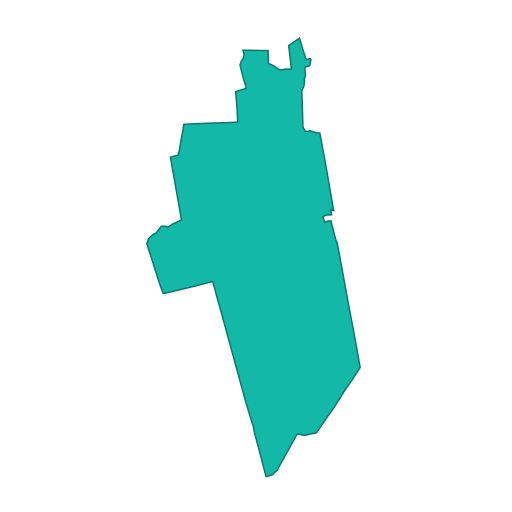 outline of Plopii-Slavitesti, Teleorman, Romania, rotated 93°
{"feature_id": "2599482B4381153451423", "entity_name": "Plopii-Slavitesti", "entity_type": "district", "adm_level": 2, "iso_a3": "ROU", "parent_name": "Romania", "parent_adm1": "Teleorman", "projection": "equal_earth", "projection_center": [24.675, 43.97], "detail": "fine", "context": "isolated", "style": "filled", "palette": "teal", "viewbox_px": 512, "rotation_deg": 93, "n_neighbors": 0, "source": "geoboundaries", "source_scale": "gbopen_adm2", "svg_char_len": 1961}
<svg xmlns="http://www.w3.org/2000/svg" viewBox="0 0 512 512"><g transform="rotate(93 256 256)"><path d="M161.8,346.6L223.9,332.3L225.5,335.3L228.5,341.1L231.8,345.3L230.9,348.8L231.3,352.2L238.2,356.9L239.4,359.2L241.5,361.6L244.8,364.5L247.2,364.8L249.1,365.8L256.7,362.9L268.3,358.5L275.8,355.7L287.6,351.3L298.2,346.8L297.9,344.7L288.6,313.2L286.1,305.5L283.7,297.9L290.0,295.8L303.6,291.4L313.4,288.0L403.2,258.3L427.9,249.3L431.7,248.5L475.8,234.4L474.8,231.5L473.7,228.3L473.2,227.6L471.6,226.4L471.0,226.0L468.5,223.1L466.9,222.8L452.6,215.8L435.6,207.5L432.7,206.1L432.3,205.6L431.8,204.5L431.8,203.1L432.6,198.7L432.3,196.9L431.0,192.7L429.5,186.6L428.5,185.8L423.6,182.8L422.2,182.0L419.0,180.0L416.1,178.2L415.4,177.9L412.5,176.1L406.8,172.4L397.3,166.8L392.5,164.0L391.4,163.5L390.2,162.9L385.9,160.5L381.4,157.8L380.6,157.1L371.5,151.7L364.1,147.4L362.5,146.4L362.2,146.2L360.9,146.3L358.8,146.9L341.4,150.9L321.8,155.6L299.4,161.1L256.8,171.2L237.9,175.8L237.9,176.4L220.9,181.8L217.0,183.0L217.4,186.2L218.7,188.8L216.9,190.1L215.6,190.2L213.4,191.2L212.6,190.3L211.5,187.8L210.9,182.6L206.1,183.8L206.2,182.4L206.6,180.8L204.4,181.3L161.5,191.1L129.8,198.7L129.8,202.0L128.9,205.5L128.0,209.1L128.8,210.0L128.8,213.9L127.9,214.1L126.6,214.7L125.3,215.8L88.1,218.9L84.3,217.1L79.8,216.7L76.9,216.9L72.1,216.0L69.4,216.6L66.4,217.1L64.4,216.7L64.2,215.5L64.0,214.2L63.5,213.2L63.0,212.2L61.0,212.0L60.7,211.9L60.2,211.9L58.2,211.5L56.7,211.5L56.2,211.8L56.5,213.8L57.1,215.5L56.0,216.8L53.2,217.8L36.2,224.0L44.1,234.4L67.6,230.4L67.7,236.2L68.9,240.0L68.6,242.8L66.3,246.3L64.2,250.4L63.4,253.1L62.4,253.7L50.2,254.7L50.6,264.4L51.0,276.4L51.2,279.8L53.3,279.1L55.5,278.4L57.2,278.7L58.9,278.9L62.1,280.8L66.1,282.0L78.1,278.3L89.0,274.5L92.9,284.9L110.2,282.6L123.3,281.3L124.5,293.7L125.6,307.4L127.5,327.9L128.3,334.9L152.4,337.9L155.0,338.2L159.2,338.8L160.9,343.9L161.8,346.6Z" fill="#14b8a6" stroke="#0f766e" stroke-width="1.5"/></g></svg>